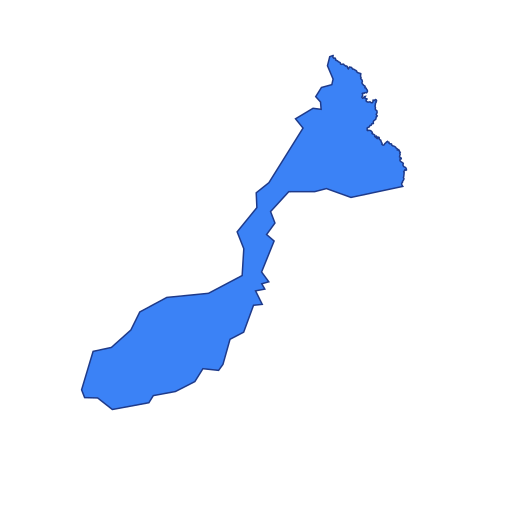 outline of Nzara, Western Equatoria, South Sudan, rotated 212°
{"feature_id": "79223893B44878437184267", "entity_name": "Nzara", "entity_type": "district", "adm_level": 2, "iso_a3": "SSD", "parent_name": "South Sudan", "parent_adm1": "Western Equatoria", "projection": "albers", "projection_center": [28.083, 5.312], "detail": "fine", "context": "isolated", "style": "filled", "palette": "blue", "viewbox_px": 512, "rotation_deg": 212, "n_neighbors": 0, "source": "geoboundaries", "source_scale": "gbopen_adm2", "svg_char_len": 4206}
<svg xmlns="http://www.w3.org/2000/svg" viewBox="0 0 512 512"><g transform="rotate(212 256 256)"><path d="M326.3,45.1L315.1,51.7L296.5,49.7L269.1,74.8L269.1,83.2L252.5,98.4L241.3,117.1L241.3,132.3L227.1,139.2L226.6,146.6L233.9,171.6L226.1,184.9L232.0,212.9L225.1,218.3L237.9,226.2L231.0,232.6L236.4,235.5L231.5,240.9L242.8,245.4L248.6,278.3L258.4,279.8L257.4,294.0L267.2,301.4L262.3,327.9L240.3,341.7L232.0,350.5L206.5,356.0L168.4,392.8L169.9,393.5L170.6,394.2L171.0,394.9L170.8,396.1L171.2,396.7L171.2,397.5L171.2,398.1L171.2,398.7L171.4,399.9L172.1,400.3L172.6,400.7L172.8,401.6L173.4,402.9L173.8,403.7L174.1,404.3L174.6,405.3L175.4,405.7L175.3,406.6L175.4,407.3L175.4,408.0L174.3,408.1L174.0,408.7L174.5,409.4L175.5,410.1L176.3,410.3L177.0,410.2L178.1,410.1L179.1,410.6L179.7,411.1L179.9,412.0L180.1,412.5L180.8,412.8L181.8,412.8L182.8,412.8L183.7,412.9L184.5,413.2L184.6,413.6L185.3,414.5L184.7,414.9L184.3,415.4L184.8,416.0L185.9,416.0L186.8,416.1L187.4,417.6L187.5,418.4L187.9,418.9L188.5,419.2L188.6,420.4L189.7,420.6L190.2,421.2L191.2,421.7L191.5,421.1L192.3,420.9L192.3,421.6L192.7,421.7L194.4,421.8L195.4,422.3L196.8,422.3L197.8,422.1L198.6,421.8L199.5,421.9L200.1,422.6L200.6,422.8L201.2,422.5L202.3,422.0L202.9,422.1L203.2,422.7L203.4,422.9L204.0,422.8L204.7,422.6L205.2,422.9L205.7,422.0L205.8,421.3L206.0,420.3L206.3,419.7L206.3,419.1L206.3,418.1L206.7,417.5L207.2,417.3L208.3,417.4L208.7,418.3L209.3,418.6L210.0,419.0L210.7,419.5L211.5,420.3L212.2,420.3L213.1,420.3L213.8,421.0L214.3,421.7L214.9,421.8L215.1,421.0L215.1,420.5L215.4,419.8L216.2,419.9L216.2,420.5L216.4,421.2L217.5,421.4L217.6,420.8L217.8,420.1L218.7,420.3L218.9,420.9L219.2,421.3L219.6,421.5L220.6,421.5L221.7,421.4L222.4,421.4L222.4,421.9L223.1,422.6L223.8,422.7L224.4,423.0L225.4,423.0L226.1,422.8L227.6,422.0L227.6,421.6L228.4,421.6L228.8,422.3L229.5,423.3L229.5,423.8L229.1,424.5L228.5,424.9L228.5,425.8L228.5,426.5L228.5,427.1L227.9,427.5L227.6,428.0L227.7,428.7L227.9,429.4L227.6,429.9L226.9,430.2L226.7,430.6L227.4,431.5L227.7,432.1L227.8,433.2L227.4,434.0L227.3,434.4L226.9,435.4L227.2,436.3L227.5,437.1L227.8,437.8L227.4,438.3L227.5,439.1L228.3,439.3L229.1,439.8L229.2,440.5L229.2,441.5L229.5,442.1L230.4,443.2L231.3,443.3L232.2,443.4L232.9,444.1L233.3,445.1L234.5,446.2L234.7,446.9L235.2,448.0L235.6,448.7L235.6,449.6L235.6,450.1L235.9,450.4L236.1,450.6L235.9,451.2L236.1,451.7L236.8,452.1L237.6,452.0L238.0,450.9L238.2,450.6L238.7,450.6L239.3,450.2L238.9,449.4L238.5,448.8L238.5,448.4L238.7,447.5L239.8,447.0L240.8,447.2L241.1,447.1L241.8,446.5L242.1,446.2L242.5,445.8L244.1,445.6L244.9,445.9L245.2,446.9L245.0,447.8L245.3,448.1L246.0,447.7L246.9,447.6L247.5,447.7L247.7,448.5L247.8,449.3L248.5,448.6L248.6,447.8L248.6,447.0L249.1,446.3L250.2,446.6L250.5,447.2L250.5,448.1L250.8,448.9L251.4,449.8L252.0,450.2L251.6,450.8L250.4,451.5L250.4,452.0L250.0,452.5L249.4,452.7L248.7,453.0L248.6,454.1L248.8,454.9L249.6,455.7L250.7,456.0L251.3,456.6L252.0,456.7L252.8,456.4L253.1,457.0L253.3,457.6L254.0,457.9L254.7,457.8L255.2,457.7L255.5,458.0L256.4,458.2L257.3,458.5L257.8,458.9L258.1,459.3L258.1,460.1L258.9,461.0L259.5,461.5L260.2,461.7L260.9,461.8L261.4,462.2L261.4,462.9L262.4,463.6L262.9,464.5L263.4,465.0L263.4,465.6L263.8,466.2L264.7,466.0L265.4,465.8L266.1,465.6L267.1,465.4L267.6,465.6L268.4,465.6L268.8,466.2L269.4,466.3L270.5,466.2L271.4,466.2L272.3,466.2L273.0,465.7L273.6,465.9L274.8,466.5L275.4,466.4L276.1,466.1L276.9,465.8L276.9,464.9L276.8,464.2L276.9,463.6L277.5,463.8L278.2,464.2L279.1,465.1L280.0,465.1L280.7,464.5L281.3,464.7L282.4,464.7L283.4,465.1L283.7,464.8L284.5,464.4L284.9,463.9L286.0,463.6L286.4,463.9L286.9,464.5L287.8,464.6L288.8,464.4L289.6,464.4L290.1,464.7L290.3,464.7L291.1,464.5L291.9,464.3L292.3,464.4L292.5,465.0L293.1,465.3L293.5,465.7L294.1,465.7L294.3,465.4L294.8,464.9L295.9,465.2L296.4,465.6L296.7,466.8L296.9,466.9L299.1,464.1L296.2,455.2L284.4,446.9L282.5,441.5L289.8,433.6L289.8,422.8L282.9,420.8L278.5,414.9L285.9,411.5L295.2,393.3L283.9,389.4L283.9,325.0L289.3,309.7L280.9,297.5L284.8,266.5L270.2,255.7L257.4,232.1L276.5,199.2L309.7,173.6L324.9,147.0L322.9,126.9L330.2,101.8L343.6,88.8L333.0,50.1L326.3,45.1Z" fill="#3b82f6" stroke="#1e3a8a" stroke-width="1.5"/></g></svg>